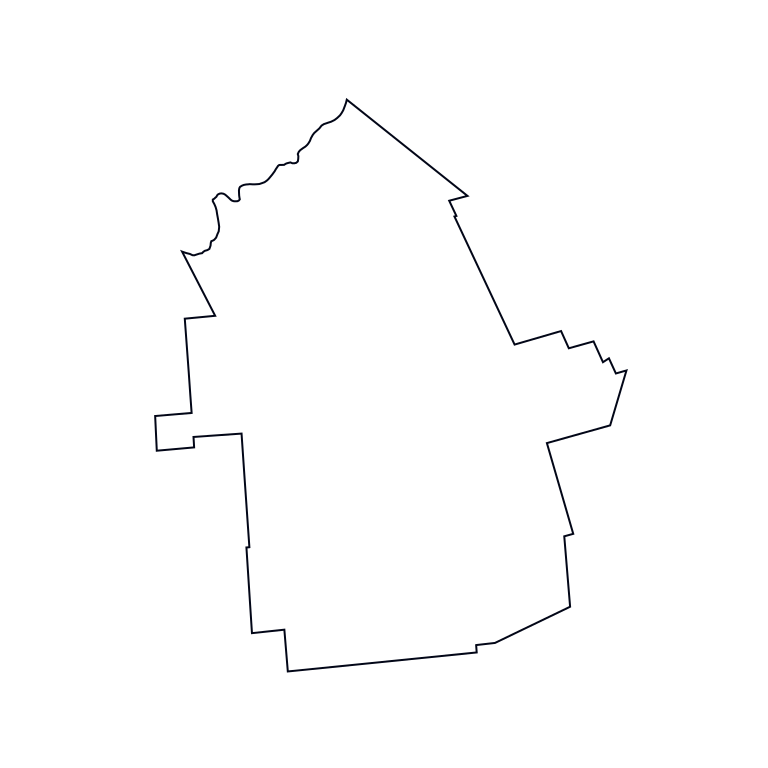 outline of Robles, Santiago del Estero, Argentina, rotated 74°
{"feature_id": "61730980B53242872705838", "entity_name": "Robles", "entity_type": "district", "adm_level": 2, "iso_a3": "ARG", "parent_name": "Argentina", "parent_adm1": "Santiago del Estero", "projection": "natural_earth1", "projection_center": [-64.068, -27.846], "detail": "fine", "context": "isolated", "style": "outline", "palette": "ink", "viewbox_px": 768, "rotation_deg": 74, "n_neighbors": 0, "source": "geoboundaries", "source_scale": "gbopen_adm2", "svg_char_len": 2037}
<svg xmlns="http://www.w3.org/2000/svg" viewBox="0 0 768 768"><g transform="rotate(74 384 384)"><path d="M663.5,348.7L649.4,266.5L580.1,252.7L580.2,243.4L485.7,243.7L486.1,178.0L437.8,147.2L437.8,158.2L421.3,160.7L423.4,167.5L400.8,170.8L400.6,196.5L381.9,199.2L382.1,247.6L242.4,270.1L242.4,268.1L225.8,270.8L226.2,251.9L100.4,341.4L103.2,343.0L106.0,345.0L109.7,347.8L111.9,350.1L113.6,352.2L115.4,355.7L116.6,358.8L117.3,362.6L117.4,365.8L117.5,367.4L117.6,370.1L118.4,372.8L120.5,375.7L121.8,378.4L123.5,381.9L125.0,383.9L127.5,386.4L129.9,388.2L132.0,390.5L133.1,392.1L134.1,394.1L135.0,397.0L136.1,400.0L137.3,401.9L139.2,403.5L141.3,403.5L144.0,404.4L146.3,405.5L147.2,407.4L147.1,409.5L146.5,411.3L145.2,412.9L145.1,415.2L145.1,417.1L145.4,418.4L145.8,419.6L145.4,421.2L144.9,423.1L144.6,424.3L145.1,425.7L146.3,427.1L147.8,428.9L149.4,430.5L150.7,432.2L151.8,433.6L152.9,435.2L154.2,437.1L155.3,438.8L156.2,440.6L157.1,443.2L157.3,446.1L157.4,448.7L157.0,450.7L156.4,453.4L155.9,455.1L154.9,457.9L154.6,459.7L154.2,461.6L154.0,463.9L154.2,465.8L154.8,468.0L155.9,469.1L158.0,470.1L160.4,470.7L163.0,471.3L165.2,471.6L166.7,471.7L167.5,472.7L167.9,474.3L167.5,476.2L166.9,478.0L166.0,479.4L164.7,480.5L161.9,482.1L160.0,483.3L158.3,484.4L156.9,485.8L156.0,487.6L155.7,489.2L155.9,491.0L156.5,492.2L157.9,493.6L158.3,494.6L159.1,496.1L159.5,497.7L161.2,498.2L164.3,497.5L167.4,497.1L170.9,497.1L174.8,497.6L178.9,498.0L183.3,498.5L187.5,499.1L191.7,500.8L193.9,502.7L197.0,505.0L198.6,507.5L199.0,509.2L199.1,510.6L200.6,511.6L203.2,512.6L206.0,514.6L206.6,516.8L206.6,519.6L207.2,521.3L208.1,522.8L207.8,525.4L207.9,528.6L208.0,530.9L207.4,532.6L205.5,534.7L203.8,537.7L201.4,541.2L201.1,541.6L271.9,527.5L266.3,557.5L319.5,568.6L341.1,573.2L358.8,576.9L351.7,612.8L385.5,620.8L392.6,584.0L382.4,581.7L392.4,534.6L396.1,535.4L435.7,543.9L439.0,544.6L503.8,558.4L503.8,558.5L503.2,561.3L587.1,579.6L592.7,547.5L633.8,555.7L667.6,368.9L660.4,367.4L660.4,367.1L663.5,348.7Z" fill="none" stroke="#020617" stroke-width="2"/></g></svg>